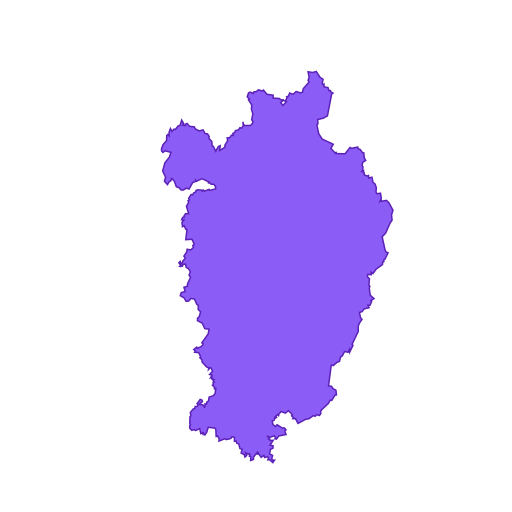 Tamazula de Gordiano, Jalisco, Mexico (Equal Earth projection), rotated 20°
{"feature_id": "50627088B40756247802692", "entity_name": "Tamazula de Gordiano", "entity_type": "district", "adm_level": 2, "iso_a3": "MEX", "parent_name": "Mexico", "parent_adm1": "Jalisco", "projection": "equal_earth", "projection_center": [-103.178, 19.686], "detail": "fine", "context": "isolated", "style": "filled", "palette": "violet", "viewbox_px": 512, "rotation_deg": 20, "n_neighbors": 0, "source": "geoboundaries", "source_scale": "gbopen_adm2", "svg_char_len": 6137}
<svg xmlns="http://www.w3.org/2000/svg" viewBox="0 0 512 512"><g transform="rotate(20 256 256)"><path d="M144.3,217.0L148.4,219.2L148.9,216.3L150.3,214.3L150.1,212.1L150.9,212.1L153.8,213.8L157.5,218.2L160.3,218.1L163.0,219.6L165.1,218.9L167.5,216.0L170.2,216.0L171.4,208.6L173.7,206.7L173.3,205.4L174.4,206.2L178.9,201.8L185.8,202.5L186.5,204.1L186.6,202.6L189.3,203.9L191.5,203.1L193.7,204.0L195.2,206.6L190.1,210.2L189.1,209.4L185.4,212.7L184.1,212.0L183.2,213.5L182.7,212.6L178.4,213.8L177.2,215.0L177.4,216.5L175.8,218.1L175.6,220.1L174.0,220.4L173.0,224.9L174.2,226.0L173.2,227.4L174.4,228.6L173.6,233.0L178.2,239.3L175.3,240.3L174.7,242.9L175.3,244.1L173.9,244.7L173.7,247.4L175.9,246.9L174.9,249.7L176.9,253.6L178.1,252.1L180.9,254.9L182.1,254.8L184.4,264.7L190.1,262.2L194.0,266.1L193.0,267.8L194.3,269.4L192.6,272.6L189.0,273.2L189.5,275.9L188.3,280.8L190.4,282.1L188.9,286.0L189.2,287.2L188.3,289.2L186.6,287.0L185.8,288.7L188.7,290.8L187.9,291.8L188.5,291.8L190.4,290.7L190.2,288.9L192.5,287.7L194.3,290.6L196.9,291.0L199.7,293.3L199.6,296.9L201.8,298.4L201.2,305.5L201.8,308.0L199.0,310.0L201.6,313.6L198.3,315.9L198.4,319.2L202.7,319.9L205.8,322.5L208.1,321.4L209.4,318.2L212.9,317.5L216.8,321.6L218.7,322.2L219.9,326.0L223.0,327.4L223.4,332.4L222.3,334.4L223.1,336.8L228.4,337.5L232.8,341.8L236.9,340.8L237.7,345.6L234.8,356.1L236.4,356.7L236.4,357.9L235.2,360.2L232.4,362.8L231.5,361.9L229.5,365.1L231.6,366.3L231.3,367.4L235.3,366.5L238.5,369.8L238.1,370.9L240.5,371.9L241.8,374.2L247.6,377.2L249.9,377.2L250.2,378.9L251.3,376.5L252.3,376.8L254.6,379.2L252.9,383.2L255.5,383.0L255.0,385.9L256.0,385.0L256.5,386.7L258.7,386.4L258.2,387.5L259.9,388.8L258.9,389.4L259.9,391.6L259.3,392.3L261.9,393.6L262.4,395.0L263.5,394.2L264.6,399.2L263.6,402.0L260.2,404.6L260.9,408.6L259.7,410.2L260.2,411.8L258.6,412.4L259.6,414.4L259.2,415.7L257.3,414.1L253.3,414.7L255.5,411.2L254.5,409.9L252.6,409.8L251.1,414.9L252.4,415.5L252.3,417.3L250.3,418.3L250.6,420.4L249.3,421.2L247.8,425.6L249.5,428.4L248.9,429.6L251.3,436.6L252.2,437.1L251.8,438.6L252.8,440.6L255.3,441.8L257.3,440.3L258.9,440.7L262.1,437.5L265.0,441.8L265.8,440.8L267.1,441.6L266.9,440.2L269.2,441.6L270.0,438.5L269.7,433.3L276.4,431.8L277.6,432.8L280.3,439.2L281.3,438.3L283.9,440.3L284.5,442.6L289.2,438.4L290.8,438.7L293.7,436.9L295.1,435.4L295.2,434.0L297.8,433.8L299.1,437.5L300.5,436.6L302.0,438.5L304.0,438.4L306.7,442.4L309.1,442.3L309.4,446.3L312.9,446.7L314.4,448.7L315.5,446.7L313.4,444.5L316.5,444.9L317.3,444.0L318.2,444.6L318.2,446.4L319.9,446.6L320.9,450.0L323.2,448.1L322.5,445.6L324.6,439.6L325.5,440.1L325.4,441.6L326.5,441.2L329.7,443.4L331.6,440.7L333.0,442.4L335.4,440.7L336.6,441.0L336.9,443.5L338.4,442.8L342.5,444.4L343.2,441.5L341.5,442.2L340.2,441.3L339.8,437.7L336.4,437.3L335.7,432.8L337.7,430.7L336.9,428.5L333.9,428.9L335.2,423.3L332.4,424.6L331.5,423.2L330.2,423.6L330.2,421.8L327.6,421.4L331.1,421.6L334.6,418.7L336.6,420.1L336.4,421.2L337.8,421.1L339.0,417.3L345.3,413.5L343.4,411.3L342.9,409.6L343.6,409.1L341.7,407.9L339.1,408.6L333.5,407.3L332.7,409.6L329.7,408.6L327.7,405.7L329.3,403.9L328.8,400.2L329.5,401.9L330.5,400.7L329.4,399.8L330.5,397.6L332.4,398.8L331.3,397.6L332.7,393.6L337.3,393.6L339.4,390.2L344.6,392.8L344.1,394.0L346.7,395.2L346.3,396.2L348.8,395.4L352.7,399.0L358.3,392.7L361.5,390.7L364.4,386.4L366.4,386.4L367.3,384.4L370.1,384.2L370.8,382.2L369.9,379.8L370.4,377.8L374.5,369.7L375.0,366.1L376.6,365.8L377.8,359.9L379.1,359.0L377.0,354.8L373.5,354.2L371.6,352.6L368.6,353.3L364.2,333.6L364.5,332.5L366.2,332.5L368.4,328.3L370.5,326.5L370.0,322.0L371.3,320.3L371.9,315.5L375.5,314.9L375.8,311.9L376.9,314.3L377.7,306.8L376.5,306.1L377.9,291.8L376.1,287.4L376.1,283.8L377.3,279.3L375.4,278.3L372.5,273.7L374.7,272.0L375.7,268.8L379.9,265.9L378.0,264.0L380.0,263.3L380.2,259.3L379.2,258.7L381.5,255.7L376.7,253.7L373.5,247.6L373.3,245.4L372.1,244.9L370.4,238.6L367.7,237.3L367.4,235.0L370.7,234.2L369.7,231.8L371.9,232.5L373.5,227.0L377.8,220.8L377.2,218.6L378.1,217.5L377.4,216.1L378.3,214.7L379.0,207.8L376.8,207.7L375.1,206.0L368.0,194.8L370.0,190.1L370.7,179.4L371.6,175.8L369.3,171.0L369.1,166.2L362.7,160.5L359.6,159.1L355.3,161.6L354.8,160.9L353.8,162.3L354.0,158.9L351.5,154.4L348.3,156.1L346.9,154.9L345.7,150.6L343.2,147.6L340.8,146.8L338.0,142.3L335.2,144.2L334.2,141.9L333.0,142.9L329.9,142.6L329.0,140.4L327.4,140.3L327.6,139.4L326.6,140.2L326.8,138.3L326.0,135.6L324.8,134.7L324.2,131.6L326.4,128.7L324.1,126.6L322.0,122.2L321.0,122.6L317.3,120.2L315.2,120.3L314.3,118.8L309.1,122.1L307.3,121.8L304.7,129.5L296.1,132.4L295.9,131.3L294.7,131.9L289.6,129.3L290.4,124.6L278.2,123.5L273.2,119.7L268.4,112.1L269.0,110.6L267.3,106.7L272.1,103.5L275.2,99.9L271.7,77.8L272.6,76.6L269.9,76.1L269.4,75.1L268.2,75.7L266.0,73.1L262.2,73.8L261.1,71.3L260.7,72.1L259.2,71.2L258.6,67.0L255.1,66.2L249.5,62.0L246.4,64.2L241.9,65.1L244.9,70.1L244.8,73.0L246.3,74.5L243.2,82.6L243.7,86.1L242.0,87.5L237.5,87.7L235.5,91.4L232.0,91.3L231.6,95.1L230.3,95.9L231.0,97.0L230.6,100.1L231.8,100.6L229.8,105.3L226.7,103.3L228.4,100.5L229.2,100.5L228.5,99.9L226.2,100.7L223.9,100.0L218.1,101.8L217.1,99.0L211.0,100.3L206.2,97.5L205.4,98.9L201.5,98.9L200.2,101.3L197.8,102.6L197.8,104.2L194.5,104.0L193.2,105.3L193.3,109.4L196.2,110.9L195.5,111.8L200.3,115.5L201.5,119.6L204.4,123.5L205.3,129.5L207.3,130.7L207.3,132.6L206.2,135.2L201.0,137.2L199.1,136.5L197.8,134.3L199.5,138.1L198.7,140.8L197.0,140.9L196.4,143.5L193.8,145.2L193.8,147.1L192.3,148.8L193.5,150.5L191.5,151.0L190.8,153.9L188.5,154.8L189.9,157.4L188.9,162.3L189.5,164.6L185.8,169.2L184.6,164.6L183.2,166.0L182.3,171.3L178.5,167.6L177.2,167.6L175.3,163.5L171.4,161.5L171.2,159.7L168.7,157.8L166.4,158.4L163.1,155.6L159.8,157.9L155.5,157.3L153.8,155.7L149.3,156.9L145.9,155.0L144.4,156.5L145.1,157.5L142.3,158.2L142.6,156.2L139.7,153.7L139.9,159.2L138.2,160.6L137.0,164.7L135.5,164.8L134.5,167.7L132.0,165.5L132.0,169.6L133.3,172.8L131.6,172.0L130.9,173.4L132.5,178.2L130.6,183.0L130.5,187.4L131.3,189.5L133.1,190.5L134.6,188.3L140.6,187.7L140.8,192.7L138.5,199.5L139.2,208.0L144.1,212.9L144.3,217.0Z" fill="#8b5cf6" stroke="#5b21b6" stroke-width="1.5"/></g></svg>